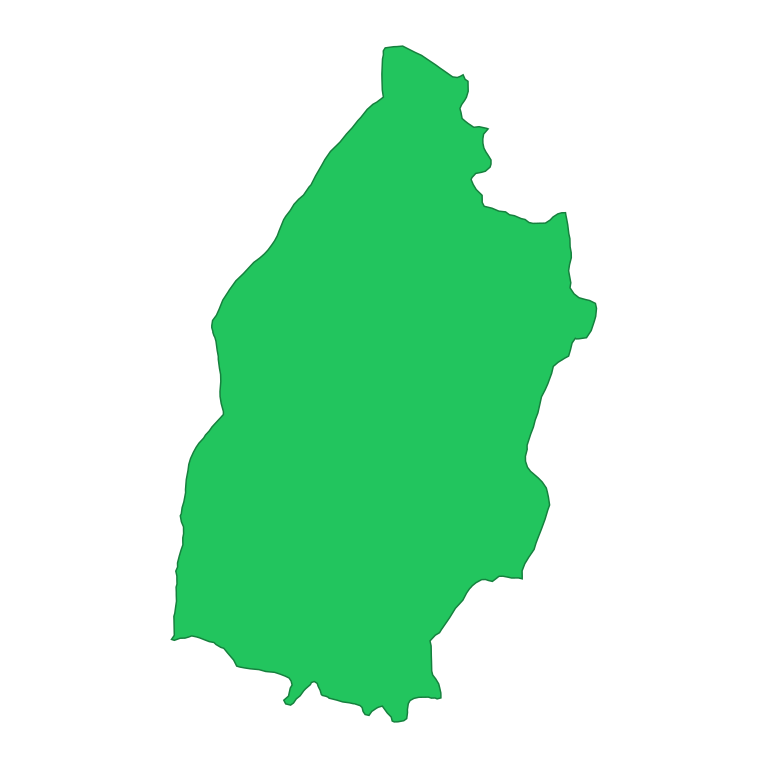 the district of Ahnasya, Bani Suwayf, Egypt
{"feature_id": "37247803B37545732740300", "entity_name": "Ahnasya", "entity_type": "district", "adm_level": 2, "iso_a3": "EGY", "parent_name": "Egypt", "parent_adm1": "Bani Suwayf", "projection": "robinson", "projection_center": [30.943, 29.102], "detail": "fine", "context": "isolated", "style": "filled", "palette": "green", "viewbox_px": 768, "rotation_deg": 0, "n_neighbors": 0, "source": "geoboundaries", "source_scale": "gbopen_adm2", "svg_char_len": 4744}
<svg xmlns="http://www.w3.org/2000/svg" viewBox="0 0 768 768"><path d="M463.1,74.8L460.2,76.4L457.3,77.5L452.7,76.9L451.2,75.9L439.2,67.5L436.1,65.2L427.6,59.5L422.9,56.3L421.6,55.4L415.1,52.4L407.4,48.5L402.7,46.1L397.9,46.5L397.1,46.6L393.9,46.7L390.1,47.2L385.2,47.9L383.3,50.9L383.4,54.9L382.5,59.0L381.9,74.0L382.0,80.0L382.1,83.0L382.3,90.1L383.4,97.1L376.7,102.2L372.9,104.3L367.2,109.4L364.6,112.7L360.7,117.6L357.8,120.7L352.2,127.8L346.5,134.0L340.0,142.1L330.5,151.4L324.9,159.5L322.1,164.6L315.6,175.8L311.0,184.9L309.1,186.9L303.5,195.1L298.7,199.2L294.0,204.3L290.3,210.4L285.6,216.5L284.8,217.9L283.7,219.6L281.4,225.3L279.2,230.7L277.3,235.8L274.6,240.8L273.3,242.7L271.8,244.9L268.0,250.0L266.1,252.1L264.2,254.1L259.5,258.2L253.8,262.4L251.0,265.4L243.4,273.6L235.9,280.8L229.3,290.0L228.6,291.2L222.8,300.1L219.1,309.3L216.4,315.3L212.6,320.4L211.8,325.5L211.8,327.7L212.9,331.5L212.9,332.5L213.9,335.5L214.9,337.4L216.0,341.4L217.2,350.4L218.3,356.4L218.3,356.5L218.3,359.4L219.5,368.5L220.6,374.4L220.8,381.5L220.0,391.5L220.1,396.5L221.2,403.5L222.3,407.5L223.4,411.5L223.4,414.5L219.7,418.6L215.9,422.7L212.1,426.8L209.3,430.9L205.5,435.0L203.7,438.0L199.0,443.1L196.2,447.2L194.5,450.3L193.4,452.3L192.5,454.3L190.6,458.4L188.8,464.4L188.0,470.5L186.3,479.5L185.5,489.6L185.6,492.6L183.9,501.7L182.1,507.7L181.3,513.8L180.3,515.8L181.4,521.8L183.5,526.8L183.6,533.8L182.8,537.8L182.8,540.8L182.9,544.8L181.1,549.9L179.3,556.0L177.5,563.0L177.6,567.0L175.8,571.1L176.9,576.1L176.9,579.1L177.0,584.1L176.1,587.1L176.3,592.1L176.3,595.1L176.5,601.2L175.6,607.2L174.8,613.2L173.9,616.3L174.0,620.3L174.1,625.3L174.2,630.3L174.3,635.3L171.5,639.4L173.0,639.9L174.4,640.3L180.2,638.2L185.0,638.1L188.8,637.0L191.7,635.9L196.5,636.9L199.5,637.8L204.3,639.7L209.2,641.6L214.0,642.5L216.0,644.5L220.9,647.4L223.8,648.3L227.8,653.2L233.7,660.1L235.4,663.5L236.7,666.1L239.7,667.0L244.5,667.9L250.3,668.8L259.0,669.6L265.8,671.5L274.5,672.3L280.3,674.2L285.2,676.1L289.1,678.0L291.1,681.0L292.1,685.0L290.3,688.0L289.4,692.0L288.5,696.1L283.8,700.2L284.4,701.4L285.7,703.9L290.6,705.1L293.5,703.0L296.3,698.9L300.1,695.8L303.8,690.7L305.7,688.7L310.4,684.6L311.4,682.5L314.2,681.5L315.7,682.4L317.2,683.4L318.2,686.4L320.2,690.4L321.3,694.4L322.3,695.4L326.1,696.3L328.1,697.2L329.1,698.2L332.8,699.1L336.8,700.1L342.7,701.9L349.4,702.8L353.3,703.7L354.3,703.7L360.1,705.6L362.1,707.5L363.1,711.5L365.1,714.5L369.0,715.4L371.8,711.4L376.5,708.2L378.4,707.2L382.3,706.1L387.3,713.0L391.2,717.0L392.2,721.0L394.2,721.9L398.0,721.8L403.8,720.7L406.7,718.6L407.5,712.6L407.4,709.6L408.3,703.6L410.1,700.5L413.9,698.4L418.7,697.3L422.6,697.2L424.5,697.2L428.4,697.1L431.3,698.1L435.1,698.0L437.1,698.9L440.9,697.9L440.9,695.1L440.8,692.8L439.7,687.9L438.7,683.9L435.7,678.9L432.7,675.0L431.7,671.0L431.5,661.9L431.3,655.9L431.2,649.9L431.1,645.9L430.0,640.9L435.3,635.2L439.5,632.7L441.4,629.6L447.0,621.5L449.8,617.4L455.4,608.3L460.1,603.2L462.9,600.1L466.6,593.0L469.4,588.9L471.4,586.8L472.2,585.8L476.0,582.7L481.7,579.6L485.6,579.5L488.5,580.5L492.4,581.4L495.2,579.3L499.0,576.3L502.9,576.2L507.7,577.1L511.6,578.0L518.4,577.9L522.2,578.8L522.2,576.3L522.1,570.8L524.8,563.7L527.2,559.8L528.5,557.6L534.1,549.4L535.9,543.4L537.8,538.3L541.4,529.2L545.1,519.1L547.8,510.0L549.6,505.0L549.0,501.0L548.4,497.0L547.2,491.5L546.9,490.4L546.3,488.0L542.3,482.1L538.4,478.1L530.5,471.3L527.5,467.3L525.5,461.3L525.4,456.3L527.2,449.3L527.1,447.8L527.1,445.2L530.7,434.1L533.4,427.1L535.2,420.0L537.9,412.9L538.8,408.9L539.7,404.9L541.5,396.8L545.2,389.7L547.9,383.6L549.7,378.6L551.6,373.5L553.3,366.4L558.1,362.3L564.7,358.2L568.6,356.1L570.4,350.0L572.1,343.0L575.3,338.3L576.2,338.9L578.8,338.8L586.5,337.7L591.2,330.6L593.9,322.5L594.5,320.6L595.7,316.4L596.5,308.4L595.4,303.4L589.6,300.5L585.7,299.6L578.9,297.7L574.0,293.8L570.0,287.8L570.8,282.8L568.6,270.8L569.5,264.8L571.3,257.7L571.2,252.7L570.1,246.7L570.0,242.7L569.9,238.7L568.8,233.7L567.7,224.7L566.6,218.7L565.9,215.3L565.5,212.7L561.6,212.8L557.8,213.9L553.0,217.0L550.2,220.0L545.4,223.1L542.5,223.2L540.3,223.2L537.7,223.3L532.9,223.4L529.0,222.5L525.1,219.5L521.2,218.6L514.4,215.7L509.5,214.8L505.6,211.9L498.8,211.1L492.0,208.2L484.2,206.3L482.2,202.4L482.2,199.4L482.1,195.3L478.1,191.4L476.2,189.5L473.2,184.5L471.1,179.5L472.0,177.5L475.8,173.4L481.6,172.3L485.4,171.2L490.1,167.1L491.0,164.1L491.0,160.0L488.0,155.1L486.0,152.1L483.9,148.1L482.9,143.2L482.8,139.1L483.6,134.1L488.1,128.9L486.9,128.4L479.1,126.7L478.1,126.8L473.8,127.3L468.0,123.4L465.1,121.1L463.6,119.8L462.1,118.5L461.0,112.5L459.9,108.5L461.7,104.5L464.6,100.4L466.4,97.3L468.2,91.3L468.1,87.3L468.0,81.3L465.1,79.3L463.1,74.8Z" fill="#22c55e" stroke="#15803d" stroke-width="1.5"/></svg>